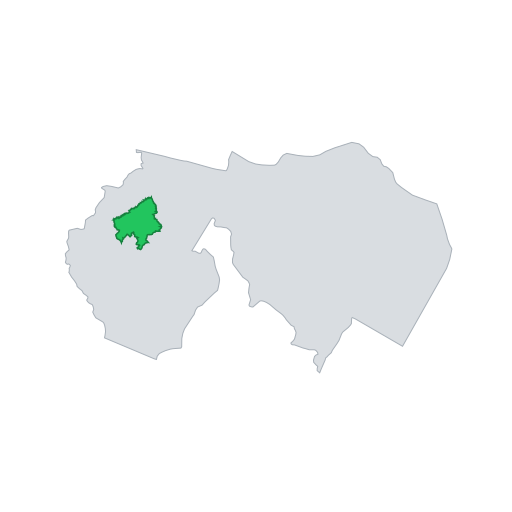 Mpika, Muchinga, Zambia shown in context, rotated 212°
{"feature_id": "96606910B87532559916375", "entity_name": "Mpika", "entity_type": "district", "adm_level": 2, "iso_a3": "ZMB", "parent_name": "Zambia", "parent_adm1": "Muchinga", "projection": "orthographic", "projection_center": [31.827, -12.049], "detail": "fine", "context": "in_parent", "style": "filled", "palette": "green", "viewbox_px": 512, "rotation_deg": 212, "n_neighbors": 0, "source": "geoboundaries", "source_scale": "gbopen_adm2", "svg_char_len": 9383}
<svg xmlns="http://www.w3.org/2000/svg" viewBox="0 0 512 512"><g transform="rotate(212 256 256)"><path d="M331.6,332.0L312.2,332.2L305.1,333.8L299.4,336.3L292.5,340.1L288.5,342.8L287.5,344.3L286.9,347.5L287.0,352.4L286.4,356.0L284.3,359.3L273.9,363.4L267.1,366.7L260.5,370.6L255.5,375.6L252.2,381.8L246.6,389.4L235.0,403.1L228.1,405.7L222.3,405.3L215.2,402.6L209.6,402.2L205.5,404.0L201.7,403.5L198.1,400.8L195.2,399.8L192.8,400.7L189.8,400.6L184.2,399.2L179.3,394.5L176.6,392.6L174.6,391.9L168.8,391.2L155.6,390.5L142.1,393.3L130.3,396.0L117.6,385.7L105.4,374.8L102.7,372.0L98.1,368.4L94.9,366.6L93.6,365.7L89.9,355.7L87.8,346.5L83.9,257.1L138.3,255.3L141.8,254.8L141.9,253.9L139.3,249.2L139.3,247.5L139.9,244.2L142.1,237.6L142.2,235.5L140.9,228.4L140.9,224.5L141.3,216.5L140.9,213.8L142.0,210.2L142.4,207.8L142.9,206.8L142.2,204.1L140.8,194.6L140.1,190.7L143.4,191.2L144.5,193.1L145.2,195.2L146.7,195.3L150.7,196.4L152.1,198.2L153.1,201.9L152.6,203.9L151.4,205.5L152.7,206.9L155.3,207.7L156.8,207.4L161.2,204.7L165.2,203.6L167.3,202.9L176.3,201.0L178.1,200.0L179.4,200.0L180.3,200.7L179.6,203.4L179.3,205.8L180.6,210.3L181.5,212.4L183.4,213.9L184.8,214.6L186.3,216.2L189.5,215.9L196.5,218.0L198.6,219.0L201.6,220.0L203.7,220.4L210.9,221.0L218.5,222.2L222.4,222.2L225.2,221.8L227.2,221.1L228.3,220.4L228.9,219.8L231.6,211.1L233.0,210.4L234.9,210.0L236.0,210.7L237.4,216.1L242.9,220.9L244.9,225.0L246.3,228.5L247.5,229.4L249.6,230.6L252.9,230.9L255.9,231.0L270.8,236.8L272.4,237.9L274.3,241.0L275.4,244.6L276.6,247.5L278.5,248.0L280.2,248.2L281.9,250.1L283.2,251.8L287.7,258.8L288.3,261.6L290.5,263.5L293.4,264.2L296.0,264.3L297.5,263.5L301.3,262.0L304.2,260.3L306.4,259.7L307.6,260.0L308.6,261.2L309.3,264.7L311.4,265.8L312.9,265.4L313.5,264.0L313.5,263.3L313.2,226.5L311.9,226.7L310.2,227.8L306.2,228.0L304.7,228.7L304.3,229.9L304.6,231.5L304.7,233.5L304.1,234.5L302.4,234.9L299.9,234.1L295.4,233.1L291.6,232.5L288.9,229.8L285.2,225.7L282.8,223.6L277.0,219.3L276.0,218.5L274.2,216.4L272.7,213.0L271.2,209.0L270.4,206.5L271.7,202.6L275.0,189.8L275.7,185.8L278.5,181.7L278.6,178.1L277.5,173.5L277.7,171.0L278.0,156.4L277.1,151.7L275.2,146.7L270.9,139.6L270.9,138.1L277.3,133.4L279.3,131.6L282.6,127.8L284.8,124.6L286.3,122.0L286.7,118.7L285.6,115.5L287.8,114.9L341.1,106.3L341.9,108.5L343.5,112.1L345.4,114.7L347.7,117.1L349.6,118.5L350.9,118.9L359.1,118.7L362.1,120.2L364.7,121.9L365.3,124.7L367.0,126.5L368.8,127.9L369.6,128.0L371.0,127.7L373.2,127.7L375.2,128.3L376.2,128.9L376.3,131.2L376.9,132.3L379.7,132.7L382.5,132.8L385.2,134.4L388.2,134.7L391.6,135.4L393.2,137.1L396.8,138.8L401.2,140.4L406.1,143.0L406.2,143.8L407.0,145.4L407.9,146.5L408.0,148.1L408.4,149.6L409.6,149.9L410.6,150.0L411.6,149.0L412.9,149.0L414.3,149.7L414.8,151.4L415.9,153.7L417.7,155.3L418.9,156.9L418.5,159.6L417.7,162.2L420.2,164.7L423.3,167.1L424.2,168.2L424.4,171.7L424.9,172.9L427.0,175.9L428.1,177.9L428.0,179.0L422.2,184.8L418.6,185.7L417.1,186.9L416.1,188.1L418.4,193.9L419.6,196.1L418.6,198.9L416.3,203.6L415.2,204.0L415.0,207.5L415.7,208.8L416.8,209.9L417.3,212.3L417.1,218.3L415.7,225.1L418.2,231.0L419.1,231.7L422.7,231.7L423.3,232.2L422.5,233.9L419.9,236.5L415.3,238.5L408.8,240.7L407.4,242.9L406.5,246.0L407.2,247.8L408.1,248.9L407.8,251.6L407.2,254.5L407.4,256.7L407.1,258.7L406.2,259.7L405.1,262.7L403.6,265.8L402.5,267.1L400.9,268.6L398.3,269.8L398.3,270.4L401.3,271.8L402.0,272.8L402.3,273.4L401.0,275.0L402.4,275.9L404.0,276.7L405.6,278.7L407.4,282.5L407.7,282.9L408.2,283.0L409.2,282.5L411.0,281.0L412.3,280.5L413.9,282.7L386.5,292.0L380.1,293.9L370.5,297.2L367.4,298.4L364.9,299.7L339.6,307.1L335.6,308.5L326.7,312.3L326.4,312.9L326.5,314.6L327.3,318.1L328.9,321.3L330.3,323.2L331.1,327.9L331.6,332.0Z" fill="#d9dde1" stroke="#a8b0b8" stroke-width="1"/><path d="M386.0,199.6L385.3,198.8L384.5,198.1L384.0,198.0L383.4,197.2L383.0,197.1L382.5,197.2L382.2,197.1L380.7,197.4L380.2,197.2L379.4,197.4L378.7,196.8L378.2,196.7L377.8,196.3L377.2,195.9L377.5,196.6L377.1,197.3L377.1,197.7L377.9,199.0L377.9,199.6L377.5,200.1L378.4,200.9L377.7,201.0L377.4,201.6L377.3,202.6L377.0,203.1L377.1,204.0L376.8,204.5L376.8,205.0L376.6,205.3L376.7,205.7L376.9,205.7L377.0,205.8L376.8,206.2L376.3,206.3L374.8,206.1L373.3,205.5L372.9,205.7L373.0,206.0L373.0,206.4L372.4,207.4L372.4,207.8L372.6,208.0L373.0,208.0L373.5,208.6L373.4,208.9L373.7,209.4L373.6,209.7L373.2,210.0L373.1,210.3L372.9,210.5L372.9,210.8L372.5,211.4L372.0,211.1L372.0,210.6L372.2,210.4L372.0,210.2L371.9,210.2L371.5,209.8L370.3,209.9L369.2,208.2L368.5,208.6L367.8,208.4L367.2,209.0L365.7,209.1L366.4,207.8L364.5,206.8L364.0,206.1L363.9,204.6L364.2,203.9L363.8,202.5L363.4,202.4L362.3,202.9L361.9,202.9L361.9,203.2L361.6,203.2L360.9,203.6L360.4,203.5L360.4,203.4L360.3,203.1L360.5,202.9L360.6,202.4L360.6,201.6L360.7,201.0L361.2,200.1L361.0,199.8L360.1,199.4L359.8,200.0L359.2,200.4L358.6,200.1L357.3,200.3L357.1,200.9L357.0,201.8L357.1,202.7L357.6,204.0L357.6,205.2L357.1,206.0L357.1,206.3L356.9,206.3L356.7,208.3L356.3,208.9L355.8,209.1L355.5,209.4L355.1,210.1L354.9,210.2L355.0,210.4L354.7,210.5L355.9,210.9L356.3,211.1L356.7,211.0L357.2,211.0L357.5,210.9L358.0,211.3L358.1,211.9L358.4,212.3L358.4,212.7L358.2,213.1L358.7,214.3L358.8,215.0L359.2,215.5L359.3,216.5L358.8,217.0L358.2,217.3L357.9,217.3L357.6,217.9L357.0,218.1L356.1,218.7L355.7,219.4L355.5,219.5L355.6,221.1L355.1,222.0L354.1,223.0L354.2,223.6L354.5,224.0L354.3,224.2L353.8,224.2L353.2,224.4L352.4,225.0L351.7,225.4L351.7,225.7L351.6,225.8L350.9,225.9L350.6,226.2L351.9,227.0L351.6,227.4L351.6,228.1L351.2,229.8L351.5,230.2L351.6,230.6L351.9,230.3L352.9,230.1L352.6,230.4L352.4,231.4L352.7,231.9L353.8,232.4L354.4,231.9L355.0,231.9L355.7,232.6L356.2,232.5L356.3,232.8L357.2,233.1L357.3,233.1L357.6,232.8L358.0,232.9L358.3,233.3L358.7,233.4L359.2,233.9L359.3,234.3L359.5,234.4L359.8,234.2L360.2,234.1L360.5,234.0L360.8,234.1L361.2,234.1L361.4,233.8L361.6,233.8L361.6,234.0L361.9,233.7L362.2,234.0L362.3,234.6L363.3,235.4L363.5,236.2L363.9,236.1L364.2,236.3L365.5,236.6L365.3,236.8L364.7,236.9L364.8,237.0L364.6,237.1L364.6,237.4L364.6,237.6L364.4,238.2L364.2,238.4L364.2,238.6L364.0,238.9L363.8,239.0L363.7,239.0L363.6,239.3L363.5,239.2L363.2,239.5L363.3,239.8L363.1,239.9L363.0,240.5L363.3,240.7L363.3,240.8L363.5,240.8L363.6,241.1L363.9,241.1L364.0,241.2L364.8,240.8L364.7,241.1L364.8,242.1L365.1,242.5L365.4,242.5L365.7,242.8L365.7,243.1L365.8,243.1L365.8,243.4L366.1,243.4L366.0,243.6L366.4,244.0L366.4,244.3L366.7,244.5L366.9,244.4L367.1,244.8L367.1,245.0L367.3,244.9L367.7,245.0L367.6,245.4L367.7,245.8L368.0,245.9L368.2,246.2L368.5,246.2L368.8,246.4L369.6,246.4L370.0,246.8L370.3,246.5L370.8,246.6L371.8,247.6L372.5,247.8L373.9,249.0L374.3,249.2L374.6,249.5L375.4,249.8L375.8,250.2L375.7,249.7L375.9,249.6L376.0,249.9L376.4,249.1L376.6,249.5L376.8,249.4L376.9,249.0L377.2,249.1L377.6,248.8L378.0,248.9L378.2,248.6L378.0,248.2L378.5,248.2L378.7,247.9L378.6,247.6L378.1,247.6L378.1,247.4L378.6,247.3L378.7,246.8L379.1,246.7L379.1,246.3L379.5,245.9L379.4,245.5L379.6,245.4L380.0,245.7L379.8,244.9L379.6,244.9L379.9,244.6L380.1,244.2L380.4,244.1L380.0,244.0L380.0,243.7L380.3,243.3L380.4,242.8L380.6,242.7L380.4,242.4L381.0,242.1L381.1,241.8L381.5,241.8L381.3,241.4L381.5,240.6L381.8,240.3L382.2,240.1L381.8,239.8L382.2,239.4L382.2,239.0L382.5,238.7L382.4,238.2L382.8,238.1L382.5,237.7L382.5,237.0L382.9,236.9L383.1,236.4L383.0,236.1L382.7,235.7L382.9,235.2L382.8,234.4L383.1,234.0L383.7,234.1L383.5,233.7L384.3,233.5L384.3,233.3L384.0,233.3L384.4,232.9L384.3,232.0L384.6,232.0L384.7,231.6L385.0,231.8L385.3,231.5L385.2,231.4L385.1,231.2L385.6,230.9L386.0,230.6L386.3,230.5L386.4,229.7L386.5,229.6L386.6,229.8L386.8,229.9L386.7,229.1L387.0,228.9L387.0,228.0L387.3,227.9L387.4,227.7L387.7,227.4L387.2,227.3L387.3,226.9L387.0,226.7L386.9,226.3L386.6,226.2L386.8,226.1L386.9,225.8L386.7,225.2L386.8,224.8L387.1,224.5L387.5,224.4L387.7,224.0L388.4,224.0L388.7,223.4L389.0,223.2L388.9,222.7L389.4,222.7L389.4,222.4L389.6,222.3L389.8,222.6L390.0,222.3L389.7,222.1L389.8,221.7L389.6,221.5L389.9,221.4L389.8,221.1L390.2,221.0L390.0,220.7L390.4,220.5L390.3,220.2L390.6,219.9L390.8,219.9L390.6,219.6L390.9,219.4L390.7,219.3L390.9,219.2L390.9,218.9L391.3,218.8L391.3,218.7L391.1,218.5L391.1,218.4L391.5,218.4L391.3,218.1L391.0,217.9L391.0,217.6L391.3,217.4L391.4,217.2L391.8,217.1L391.7,216.8L391.9,216.7L391.9,216.4L392.1,216.6L392.1,216.4L392.6,216.2L392.7,215.9L393.1,216.1L393.1,215.7L393.3,215.9L393.7,215.7L393.4,215.6L393.6,215.4L393.4,215.2L393.5,215.2L393.7,215.4L393.5,215.0L393.8,215.0L394.2,214.6L394.6,214.8L394.7,214.0L394.9,213.7L394.6,213.5L394.5,213.3L395.0,213.0L395.3,212.5L395.5,212.6L395.7,212.4L396.1,212.4L395.9,212.1L396.3,211.8L396.1,211.6L396.1,211.3L395.9,211.3L396.0,211.1L395.8,211.2L395.6,210.8L394.7,210.6L394.6,210.3L394.7,210.1L394.6,209.7L393.1,208.7L392.8,207.8L393.0,207.8L392.8,207.7L392.7,207.6L392.7,207.3L392.4,207.1L392.2,206.7L392.1,206.8L392.1,206.6L391.9,206.6L391.9,206.3L391.7,206.1L391.3,206.1L391.2,206.0L390.8,206.0L390.7,205.9L390.4,206.0L390.4,205.8L390.0,206.0L388.9,205.2L388.5,205.2L388.1,205.0L387.6,205.0L387.5,204.8L387.4,204.9L387.0,204.9L386.8,205.2L386.4,205.3L386.2,205.2L385.7,205.2L385.5,205.4L385.3,205.1L385.1,204.3L385.2,203.8L385.2,203.3L385.4,202.3L385.7,201.9L385.7,201.2L385.8,201.1L385.8,200.9L385.9,200.5L386.0,200.0L385.9,199.7L386.0,199.6Z" fill="#22c55e" stroke="#15803d" stroke-width="1.5"/></g></svg>